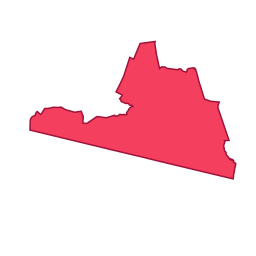 Amatenango de la Frontera, Chiapas, Mexico (Albers equal-area conic projection), rotated 74°
{"feature_id": "50627088B96340136292286", "entity_name": "Amatenango de la Frontera", "entity_type": "district", "adm_level": 2, "iso_a3": "MEX", "parent_name": "Mexico", "parent_adm1": "Chiapas", "projection": "albers", "projection_center": [-92.105, 15.523], "detail": "fine", "context": "isolated", "style": "filled", "palette": "rose", "viewbox_px": 256, "rotation_deg": 74, "n_neighbors": 0, "source": "geoboundaries", "source_scale": "gbopen_adm2", "svg_char_len": 4113}
<svg xmlns="http://www.w3.org/2000/svg" viewBox="0 0 256 256"><g transform="rotate(74 128 128)"><path d="M88.3,48.0L88.0,49.8L87.7,52.0L87.5,53.7L88.2,55.1L88.9,55.2L89.5,55.4L90.3,56.5L88.9,59.0L87.8,60.0L86.1,60.6L85.5,61.6L85.2,62.8L85.9,63.7L85.6,64.4L85.3,65.0L85.1,65.5L84.9,66.0L84.6,66.7L84.3,67.4L84.1,67.9L83.9,68.2L83.8,68.7L83.6,69.1L83.4,69.4L83.3,69.8L83.1,70.2L82.9,70.6L82.5,71.6L82.3,72.0L82.1,72.5L81.9,72.9L81.8,73.3L81.6,73.6L81.6,73.9L81.1,74.3L79.3,76.1L78.7,78.2L78.6,78.7L78.5,79.0L78.8,79.5L79.6,81.3L65.5,80.4L54.5,79.0L52.3,78.1L50.1,93.1L63.4,103.6L60.6,106.8L65.1,109.8L76.9,117.8L83.7,123.7L90.0,129.5L94.7,124.5L94.9,124.7L95.4,125.0L95.8,125.4L96.2,125.9L96.5,126.8L96.8,127.0L97.3,127.2L97.5,127.6L97.7,128.0L98.4,127.5L98.8,127.3L99.2,127.2L99.6,127.2L100.1,127.3L100.6,127.3L100.8,127.1L101.0,126.6L101.6,126.0L102.0,125.6L102.5,125.0L103.1,124.3L103.8,123.3L104.0,122.6L104.1,121.9L104.3,121.6L104.5,121.1L105.1,120.6L105.6,120.4L106.1,120.4L106.7,119.9L107.0,119.2L107.1,118.5L107.3,117.9L108.3,117.5L108.8,117.4L108.8,117.5L108.6,118.3L108.5,118.7L109.2,120.7L109.7,121.4L110.4,122.3L110.5,122.4L110.9,122.5L111.5,123.2L111.7,123.6L112.9,125.2L113.3,125.2L113.7,125.2L114.1,125.3L114.7,125.4L114.8,125.9L114.7,126.5L114.4,127.2L114.2,127.6L114.1,127.8L113.9,127.9L113.8,128.2L113.7,129.0L113.7,129.5L113.7,129.9L113.6,130.3L113.4,130.7L113.2,131.1L113.0,131.4L112.6,132.0L112.7,132.3L112.9,132.9L113.1,133.2L113.2,133.4L113.3,134.1L113.6,134.8L113.5,135.4L113.4,135.7L113.3,136.0L113.1,137.0L112.9,137.1L112.5,137.2L112.0,137.4L112.2,145.0L112.2,145.9L108.4,154.8L110.0,159.5L110.3,160.2L110.8,161.8L111.1,162.7L111.3,163.4L112.0,165.4L112.1,165.8L112.2,167.0L111.8,167.7L111.6,168.1L111.2,168.9L110.6,170.0L109.4,169.5L109.2,169.5L107.8,169.0L106.3,168.4L104.5,167.8L103.9,167.9L102.0,168.1L100.0,168.3L99.0,168.4L98.7,170.6L98.5,171.7L98.4,173.2L98.2,174.7L97.4,176.1L96.5,177.6L95.6,179.0L94.7,180.5L94.2,181.4L94.0,181.8L93.7,182.4L93.1,183.1L91.9,184.2L91.7,184.4L90.6,185.5L89.4,186.6L89.3,187.4L89.1,189.0L89.0,189.6L88.5,190.9L87.9,192.8L87.5,193.8L87.5,194.5L87.4,195.5L87.4,196.0L87.4,197.1L87.3,197.8L87.1,199.4L87.0,200.3L86.8,200.9L86.4,202.6L86.3,202.8L86.8,203.3L87.1,203.5L87.6,204.1L88.4,205.1L88.6,205.2L89.3,206.0L89.7,206.5L90.3,207.2L90.4,207.3L90.9,208.2L90.0,208.9L89.0,209.5L88.2,210.0L87.6,210.4L87.1,210.8L87.7,211.7L88.5,212.7L89.6,213.3L90.3,214.1L90.3,214.4L90.5,215.8L90.7,216.7L90.9,217.2L91.2,217.6L91.6,218.2L91.9,218.6L92.5,219.1L93.5,219.8L95.0,220.3L95.3,220.4L96.7,220.8L98.6,221.4L101.1,222.2L103.0,222.8L135.4,165.6L147.1,145.0L155.6,129.9L156.4,128.5L157.3,126.8L160.7,120.8L163.8,115.5L170.1,104.4L198.5,54.1L205.7,41.3L205.9,41.0L204.1,40.1L202.4,39.5L202.0,39.5L200.7,38.7L200.3,38.4L200.0,38.2L199.6,38.1L199.3,37.9L199.2,37.9L198.8,37.7L198.5,37.5L197.9,37.3L197.7,37.1L196.5,36.6L195.3,35.9L194.8,35.7L194.1,35.3L192.8,34.6L192.0,34.3L191.9,34.2L191.5,34.4L190.7,35.3L190.1,35.9L189.9,36.0L189.7,35.9L188.9,35.8L188.8,35.4L188.5,35.5L188.3,35.6L188.1,35.9L187.6,36.0L187.4,36.0L187.5,36.5L187.7,36.8L187.5,37.1L187.3,37.3L187.1,37.5L186.9,37.2L186.6,37.0L186.4,37.3L186.2,37.6L186.0,37.8L186.0,38.1L186.3,38.4L186.4,38.5L186.2,38.7L185.9,38.6L185.5,38.7L185.5,38.9L185.1,39.1L184.8,39.2L184.3,39.3L183.7,39.6L182.8,39.9L182.2,40.1L181.5,40.6L180.9,40.8L180.0,40.9L179.6,40.8L178.8,40.5L178.2,40.5L177.5,41.0L177.1,41.3L176.5,41.3L175.8,41.5L175.3,41.4L174.5,41.2L173.6,41.1L172.5,41.1L171.6,40.9L170.5,40.5L169.9,40.0L169.1,39.3L168.4,38.9L167.4,38.6L166.7,38.8L167.8,34.3L166.0,34.4L133.2,36.0L131.4,35.3L128.2,33.2L126.5,37.5L126.2,38.2L125.6,40.0L125.4,40.4L125.4,40.5L125.3,40.8L125.2,40.9L124.8,41.6L124.2,42.3L123.2,43.9L122.2,45.3L121.4,46.5L118.2,46.6L117.2,46.7L116.3,46.7L115.3,46.7L113.9,46.7L112.7,46.8L111.5,46.8L109.6,46.8L108.8,46.9L107.8,46.9L106.4,46.9L104.8,47.0L103.5,47.0L103.1,47.0L102.8,47.0L101.5,47.0L99.7,46.9L97.6,46.8L95.3,46.8L93.3,46.7L92.8,46.7L90.8,47.2L90.6,47.3L90.4,47.4L88.9,48.1L89.2,47.4L88.9,47.6L88.7,47.8L88.5,48.0L88.3,48.0Z" fill="#f43f5e" stroke="#9f1239" stroke-width="1.5"/></g></svg>